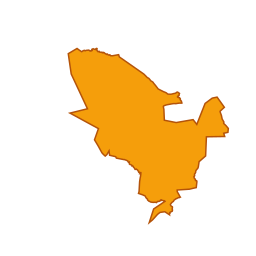 Atlamajalcingo del Monte, Guerrero, Mexico (Robinson projection), rotated 120°
{"feature_id": "50627088B9042251287678", "entity_name": "Atlamajalcingo del Monte", "entity_type": "district", "adm_level": 2, "iso_a3": "MEX", "parent_name": "Mexico", "parent_adm1": "Guerrero", "projection": "robinson", "projection_center": [-98.589, 17.26], "detail": "fine", "context": "isolated", "style": "filled", "palette": "amber", "viewbox_px": 256, "rotation_deg": 120, "n_neighbors": 0, "source": "geoboundaries", "source_scale": "gbopen_adm2", "svg_char_len": 5036}
<svg xmlns="http://www.w3.org/2000/svg" viewBox="0 0 256 256"><g transform="rotate(120 128 128)"><path d="M182.4,48.8L182.1,49.1L181.8,49.2L181.1,48.9L180.9,49.1L180.6,49.4L180.5,49.6L180.3,49.6L179.2,48.9L178.6,48.5L178.0,48.1L177.1,48.3L176.9,48.4L176.7,48.5L176.5,48.9L175.9,49.3L175.2,49.5L174.8,49.7L174.2,50.0L174.0,50.4L174.0,50.9L174.0,51.5L173.9,51.9L173.7,52.4L173.4,52.7L173.2,53.0L172.6,53.1L170.4,52.7L169.9,52.5L169.1,52.1L168.9,52.0L168.6,52.0L167.6,52.0L167.3,52.0L166.1,51.4L165.4,51.2L165.2,51.0L165.1,50.8L164.9,50.6L164.6,50.4L164.3,50.3L163.9,50.1L163.6,49.8L163.1,49.5L162.9,49.3L162.6,48.7L161.7,48.1L161.6,48.4L161.4,48.8L161.0,49.5L160.6,50.0L158.5,53.6L157.1,54.4L150.2,44.1L147.6,41.4L145.5,39.1L140.0,41.5L139.9,41.7L139.7,41.8L139.5,42.0L139.4,42.1L139.3,42.3L139.4,42.5L139.7,42.9L139.7,43.1L139.7,43.3L139.2,43.7L138.9,44.0L138.7,44.3L138.5,44.7L138.4,45.3L138.3,45.5L138.1,45.8L137.8,46.0L137.3,46.5L137.0,46.7L136.9,46.7L136.7,46.4L136.4,46.4L135.9,46.5L135.6,46.6L135.1,47.1L134.6,47.3L134.3,47.4L133.9,47.2L133.6,47.2L133.0,47.2L132.4,47.3L131.7,47.7L131.0,47.9L130.2,47.8L129.5,47.7L128.4,47.5L127.9,47.4L127.0,47.6L126.7,47.6L121.6,49.6L113.4,46.8L96.4,55.7L87.0,40.0L84.7,42.5L81.8,39.3L78.2,40.9L76.9,44.5L76.2,47.4L75.9,47.6L74.9,47.9L73.1,51.0L70.6,53.2L67.8,56.5L67.3,56.6L61.9,54.9L56.7,66.3L60.0,70.0L68.2,73.5L90.5,70.2L88.2,75.8L99.2,89.0L103.1,100.4L94.0,106.2L93.2,106.9L92.9,107.2L92.4,107.6L91.6,108.2L91.2,108.2L90.6,107.8L89.8,107.2L88.6,106.1L86.8,104.0L85.0,101.9L84.0,100.6L82.9,98.6L81.8,97.3L81.0,96.3L79.5,93.8L79.3,93.9L79.0,94.2L78.6,94.7L78.5,94.8L78.1,95.1L77.9,95.5L77.9,95.9L77.9,96.1L77.8,96.3L77.6,96.5L77.3,96.8L77.0,97.0L76.9,97.4L76.7,97.5L76.4,97.5L76.1,98.3L76.0,98.5L76.3,99.0L76.3,99.3L76.3,99.5L76.2,99.6L76.2,99.8L76.4,100.1L76.0,100.3L75.9,100.4L76.0,100.7L75.9,100.7L75.5,100.5L75.3,100.5L75.1,100.6L74.9,100.6L74.7,100.3L74.6,100.2L74.4,100.1L74.1,100.1L73.8,100.2L73.5,100.5L72.3,100.7L72.2,101.9L72.1,102.6L72.2,103.2L72.6,103.6L73.1,103.9L73.7,104.0L74.2,104.3L75.1,105.4L76.4,106.7L77.2,107.6L77.7,108.4L78.4,109.8L78.6,110.2L78.7,110.5L78.7,111.0L78.5,111.7L78.5,112.0L78.4,112.6L78.5,113.5L78.6,114.3L78.8,115.4L79.1,121.4L77.5,125.2L76.4,128.2L75.9,129.1L75.7,130.3L75.8,131.3L75.6,132.1L74.9,133.9L74.6,134.8L74.6,135.6L74.7,136.4L73.4,141.1L70.8,171.0L69.2,172.8L73.4,177.8L74.1,179.3L74.0,179.5L73.8,179.9L73.7,180.1L73.8,180.5L74.0,180.6L74.3,180.7L74.5,181.2L74.5,181.4L74.5,181.8L74.4,182.2L74.4,182.3L74.5,182.4L74.5,182.5L74.4,182.9L74.3,183.1L74.5,183.3L75.0,183.5L74.9,184.0L74.9,184.4L74.9,184.6L75.0,184.9L74.9,185.1L74.9,185.4L74.8,185.8L74.7,186.1L74.7,186.8L74.8,187.0L75.0,187.0L75.4,187.1L75.5,187.4L75.7,188.1L75.6,188.3L75.4,188.5L75.6,188.7L75.7,188.8L75.9,189.4L76.1,189.6L76.2,189.9L76.3,190.1L76.5,190.6L76.4,190.9L76.1,191.2L76.0,191.3L76.1,191.5L76.6,191.7L76.7,191.8L76.9,192.2L76.7,192.8L76.5,193.0L76.5,193.3L76.4,193.6L76.2,193.8L75.5,194.2L75.2,194.3L74.9,194.4L74.7,194.5L74.7,194.9L74.8,195.0L75.1,195.0L75.2,195.3L75.4,195.4L75.5,195.3L75.8,195.0L76.0,195.0L76.3,195.4L76.3,195.6L76.4,195.8L76.5,196.3L76.7,196.7L76.7,196.8L76.8,197.6L76.8,197.8L77.0,197.9L77.2,198.0L77.5,198.4L77.7,198.5L77.8,198.4L78.1,198.2L78.3,198.4L78.4,198.5L78.5,198.5L78.6,198.4L78.7,198.2L78.9,197.9L79.5,198.3L79.7,198.5L79.9,198.9L79.9,199.1L80.0,199.2L80.3,199.3L80.3,199.6L80.1,199.9L80.1,200.3L80.3,200.9L80.4,201.4L80.6,201.5L80.8,201.8L81.4,202.6L81.6,203.0L82.2,203.4L82.4,203.7L82.6,203.8L82.6,204.1L82.5,204.5L83.1,205.1L83.2,205.3L83.4,205.5L84.3,205.8L84.9,206.1L85.1,206.3L85.1,206.5L85.0,207.6L85.0,208.4L84.6,211.9L93.5,216.9L109.6,204.2L131.6,172.7L144.1,185.7L143.3,153.3L155.0,151.1L158.3,145.1L162.5,138.2L162.9,137.1L163.5,134.8L163.7,133.7L161.6,133.0L157.3,133.0L160.8,130.3L159.0,124.3L159.9,123.0L157.3,115.4L157.1,115.3L156.6,111.8L156.9,111.6L157.4,110.6L156.8,109.9L157.2,109.8L158.5,108.8L158.6,107.8L158.3,107.2L158.4,106.2L158.4,105.8L158.9,105.6L158.5,104.7L158.7,104.2L159.0,104.0L159.1,103.9L159.3,102.9L160.2,101.3L160.3,101.2L160.1,100.8L159.4,100.2L159.6,99.7L159.5,98.9L160.1,97.9L160.2,97.4L160.7,96.9L160.9,96.7L160.6,96.3L160.6,95.9L160.8,95.6L160.2,94.6L160.4,94.3L160.6,94.2L160.9,94.3L161.7,94.7L161.6,94.2L161.8,93.7L164.1,92.8L165.1,92.5L168.7,91.1L177.4,86.7L179.4,86.2L179.2,85.1L179.0,84.3L178.8,83.0L178.6,82.4L178.5,81.0L178.5,80.8L178.4,80.3L178.3,80.0L178.3,79.4L178.5,78.9L178.9,78.3L179.3,77.6L179.6,77.0L179.7,76.2L179.9,75.6L180.2,75.4L180.5,75.1L180.6,74.8L180.7,74.3L180.9,73.5L180.9,73.1L180.8,72.7L180.8,71.4L180.5,70.6L180.1,69.6L179.6,68.6L179.3,68.3L178.7,67.2L178.5,66.7L178.4,66.5L178.4,66.1L178.2,66.0L177.3,65.8L177.0,65.7L176.7,65.5L176.5,65.3L176.4,65.0L176.2,64.6L175.5,64.0L175.2,63.7L174.6,63.7L174.4,63.8L174.2,63.8L174.0,63.7L173.8,63.6L173.6,63.4L173.5,63.2L173.9,62.6L173.3,61.8L173.2,60.4L172.8,60.1L173.0,59.3L185.3,65.3L199.3,62.3L195.3,60.8L187.9,59.2L185.2,58.1L184.7,57.6L182.1,54.2L182.4,48.8Z" fill="#f59e0b" stroke="#b45309" stroke-width="1.5"/></g></svg>